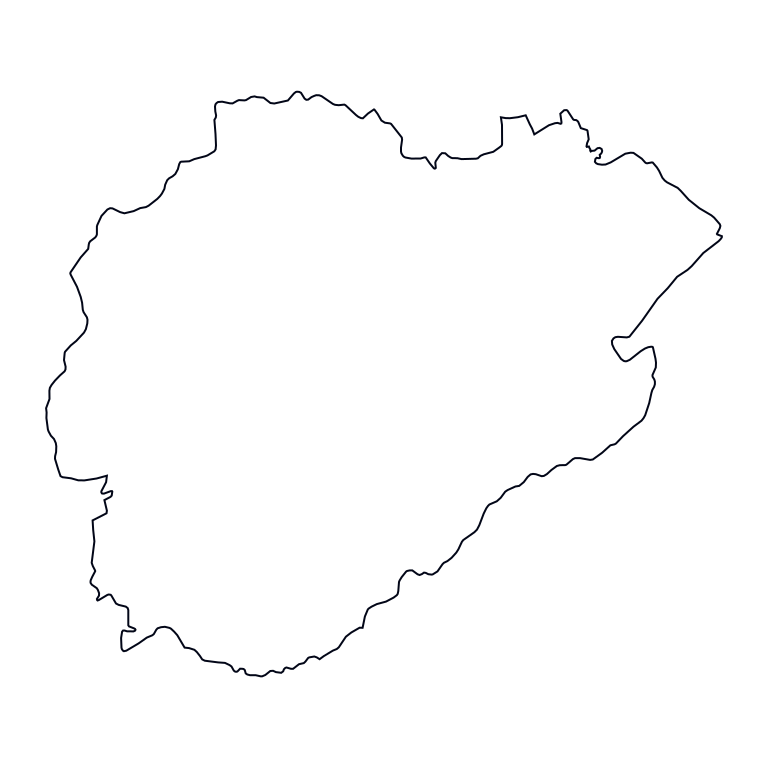 outline of Tan Ky, Nghệ An, Vietnam
{"feature_id": "81297802B12421029194754", "entity_name": "Tan Ky", "entity_type": "district", "adm_level": 2, "iso_a3": "VNM", "parent_name": "Vietnam", "parent_adm1": "Nghệ An", "projection": "equal_earth", "projection_center": [105.224, 19.102], "detail": "fine", "context": "isolated", "style": "outline", "palette": "ink", "viewbox_px": 768, "rotation_deg": 0, "n_neighbors": 0, "source": "geoboundaries", "source_scale": "gbopen_adm2", "svg_char_len": 6033}
<svg xmlns="http://www.w3.org/2000/svg" viewBox="0 0 768 768"><path d="M362.6,627.8L364.9,616.5L367.8,609.5L368.6,608.6L371.5,606.7L376.8,604.1L386.0,601.6L393.6,597.6L396.8,595.2L397.7,593.9L398.3,591.0L399.0,582.0L399.6,580.5L401.7,577.1L406.1,571.6L407.0,571.0L409.7,570.4L412.3,570.4L417.6,574.3L419.6,575.0L421.9,574.1L424.0,572.6L425.8,572.9L428.3,574.2L431.7,574.6L432.7,574.4L437.5,571.4L442.5,564.2L443.9,562.8L447.4,561.1L451.6,557.8L456.3,552.6L458.4,549.3L461.9,541.8L463.3,540.0L474.4,532.2L477.0,529.6L479.3,525.2L483.7,513.6L486.3,508.3L488.0,505.9L489.4,504.5L496.8,501.3L500.7,497.8L505.2,491.7L507.7,490.0L515.4,486.5L519.2,485.9L523.8,482.1L527.7,476.9L530.6,474.4L533.0,473.9L535.8,474.2L541.7,476.2L543.9,475.9L546.9,474.1L551.4,470.0L556.8,466.0L559.8,465.2L565.2,465.1L566.4,464.7L572.9,459.1L575.1,458.1L579.9,458.1L590.1,459.9L592.8,459.5L602.2,452.7L610.4,445.3L614.6,444.3L615.9,443.6L623.0,436.2L633.5,426.7L641.5,420.7L643.5,418.2L645.2,415.2L649.2,403.1L651.4,393.0L652.3,390.0L654.1,386.8L654.9,384.2L654.9,381.5L654.3,379.5L652.6,376.7L652.5,375.8L652.5,375.0L655.8,367.5L656.0,362.7L655.5,358.8L653.0,347.7L652.6,346.9L651.2,346.7L648.2,347.2L645.0,348.5L640.7,351.2L629.8,359.8L626.7,361.2L625.2,361.3L623.7,360.9L621.0,358.9L614.3,349.1L612.2,344.5L611.9,340.9L613.5,338.4L615.3,337.2L617.9,336.8L626.8,337.4L629.4,336.7L642.1,320.7L657.5,298.8L667.8,288.1L677.1,276.8L687.5,269.9L691.7,266.1L703.3,253.0L718.6,241.2L720.7,239.0L721.8,237.4L721.9,236.2L717.2,234.4L716.9,233.9L719.8,228.2L720.4,225.9L719.8,224.2L714.1,217.6L711.3,215.3L699.3,208.2L688.8,199.8L680.7,190.8L677.7,187.9L667.0,182.3L664.7,180.5L662.4,177.8L659.1,170.9L656.9,167.4L652.8,162.6L651.9,162.4L647.1,163.3L646.1,163.1L645.2,162.5L641.8,158.7L633.5,152.9L630.6,152.7L625.3,153.7L610.7,162.4L605.6,164.5L602.0,164.7L597.9,164.1L596.2,163.3L594.9,161.8L595.4,159.0L596.6,157.8L599.0,158.2L599.8,157.9L600.1,156.9L599.7,154.8L601.1,153.6L601.8,152.4L602.2,150.9L601.6,149.0L599.7,147.9L597.5,148.2L594.6,150.6L591.9,150.9L590.7,151.5L590.2,150.6L590.4,149.5L589.6,148.3L588.9,146.5L586.8,146.9L586.5,146.4L587.1,143.1L588.7,139.3L587.5,130.8L587.0,130.1L580.8,128.1L578.3,122.0L577.4,120.9L576.2,120.1L574.0,119.9L573.2,119.4L567.6,110.8L566.7,110.1L564.2,110.2L560.3,113.7L561.5,122.2L561.3,123.5L560.5,123.8L557.6,122.9L555.0,123.2L549.0,125.2L534.3,134.4L532.1,128.6L529.8,124.3L525.7,115.3L517.9,117.2L509.9,118.2L505.7,118.1L500.9,117.3L502.0,124.9L502.1,143.5L502.0,144.8L501.4,145.9L499.2,147.6L493.3,151.8L483.8,154.3L480.5,155.8L477.8,158.3L476.0,158.7L461.5,159.1L457.4,158.2L452.2,158.1L450.6,157.5L448.1,155.9L445.3,153.3L442.0,153.1L439.9,155.1L435.8,161.1L435.3,162.7L435.8,167.9L435.0,168.6L434.4,168.6L433.7,168.1L429.8,163.4L425.7,157.4L424.3,157.4L420.7,158.5L411.5,158.6L405.4,157.5L404.1,156.9L402.9,155.8L401.4,153.3L401.0,151.5L401.0,147.5L402.1,139.7L401.8,137.5L391.1,123.9L390.0,123.4L384.9,122.7L381.4,120.5L377.6,113.9L374.5,109.7L374.0,109.4L368.0,113.5L362.9,118.3L361.0,118.1L358.3,116.8L356.0,115.0L345.5,105.2L344.3,104.6L338.7,105.2L335.0,104.8L333.0,104.0L321.6,96.2L319.2,95.3L316.2,95.2L314.2,95.9L311.5,97.1L308.2,99.6L306.3,99.8L304.6,98.6L301.0,92.8L299.2,91.9L297.0,91.7L295.8,92.0L294.0,93.4L287.9,100.5L274.3,103.5L270.4,103.0L263.6,97.7L256.9,97.1L254.6,96.4L251.1,97.0L246.0,100.1L244.4,100.4L239.0,100.1L237.4,100.7L232.6,103.4L229.8,103.3L222.2,101.7L218.1,102.0L216.6,103.0L215.5,104.3L215.0,106.5L215.3,111.4L216.1,115.4L215.8,117.5L214.4,119.9L215.5,134.0L216.0,145.4L215.6,149.4L214.3,151.3L207.5,155.4L205.4,156.2L194.3,159.1L189.2,161.3L181.2,161.7L180.3,162.1L179.2,164.1L177.9,169.2L175.3,174.0L172.6,176.3L169.1,178.3L167.2,180.2L165.2,184.7L164.4,188.9L161.9,193.6L160.1,196.0L157.3,198.9L148.6,205.7L145.9,207.1L140.2,208.1L133.7,211.1L124.4,213.3L120.1,212.1L112.5,208.4L110.1,208.2L107.4,209.5L101.5,215.9L97.3,225.0L96.9,226.5L96.9,234.3L96.5,235.6L95.3,237.4L90.2,241.3L89.2,242.8L88.8,244.3L88.2,248.9L80.7,257.4L70.5,272.4L70.3,273.6L70.8,274.9L77.0,286.8L80.7,296.9L82.1,302.7L82.8,309.8L83.6,312.2L86.9,317.3L87.5,319.8L87.3,323.4L85.9,329.1L84.0,332.6L76.3,340.9L70.8,345.4L65.1,351.7L64.7,352.8L64.0,360.1L65.6,366.6L65.5,369.4L64.6,371.3L60.0,375.4L55.0,380.6L51.6,384.9L49.9,387.8L49.4,390.7L49.5,399.0L46.1,408.2L46.6,412.5L46.4,418.0L47.9,429.5L48.6,431.5L50.9,435.7L54.0,439.0L55.8,443.1L56.3,446.3L56.2,449.0L56.1,452.1L55.1,456.2L55.0,458.8L58.2,469.4L60.5,476.1L62.5,477.2L71.1,478.3L78.2,480.3L84.4,480.4L96.6,478.5L106.9,475.7L106.1,482.2L101.4,491.2L101.3,492.2L101.9,493.4L102.8,493.6L104.0,493.6L110.9,491.1L112.0,491.1L112.3,491.6L111.7,495.6L110.5,496.9L104.4,500.1L106.9,510.7L106.5,513.3L92.6,520.4L93.2,530.1L94.4,541.4L91.7,562.8L92.8,566.0L95.1,570.5L95.2,571.2L92.2,576.9L90.7,580.3L90.5,581.9L90.6,582.9L91.8,584.7L96.8,588.2L97.9,590.0L99.1,593.2L99.0,595.6L96.9,599.0L97.2,600.2L97.6,600.5L98.9,600.0L107.4,594.9L108.8,594.5L110.7,594.8L111.4,595.6L116.0,603.5L118.7,604.9L125.8,606.6L127.7,608.1L128.3,610.1L128.3,625.3L129.0,626.4L134.1,628.4L135.1,629.0L135.5,629.8L135.0,630.7L133.5,631.4L127.0,631.3L124.5,630.5L123.1,630.5L122.1,631.7L121.1,638.0L121.5,647.8L121.9,649.2L123.0,650.7L123.9,651.2L126.3,650.7L138.6,643.4L146.8,637.6L152.3,635.3L153.8,634.1L156.3,629.7L157.6,628.3L161.0,627.2L164.9,626.8L169.5,627.9L171.0,628.7L174.1,631.6L177.3,635.2L184.6,647.6L189.1,648.1L194.4,649.8L196.8,652.0L199.9,655.9L202.2,659.4L204.8,660.7L218.1,662.4L225.0,662.9L229.6,665.1L231.5,666.5L233.8,670.6L234.9,671.5L236.1,671.8L237.4,671.5L240.1,668.7L242.3,668.8L243.6,669.0L244.8,670.1L245.7,673.4L247.3,674.5L250.0,675.2L255.7,675.2L260.5,676.3L262.2,676.3L265.3,675.0L270.3,671.0L273.1,670.8L275.9,672.1L281.2,672.8L283.2,671.3L283.9,669.3L285.3,667.9L286.5,667.5L291.0,668.8L293.1,668.8L299.0,664.2L303.8,663.1L305.4,661.6L308.1,658.0L309.2,657.4L314.3,656.5L316.8,657.4L319.6,659.2L323.8,656.1L332.9,650.6L336.8,649.0L338.8,647.3L345.9,636.7L351.3,632.5L359.6,627.7L362.6,627.8Z" fill="none" stroke="#020617" stroke-width="2"/></svg>